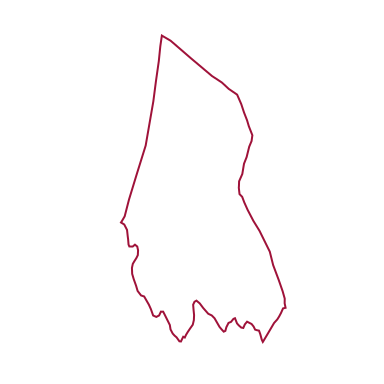 outline of Boden, Norrbotten, Sweden, rotated 81°
{"feature_id": "70781695B99694780009800", "entity_name": "Boden", "entity_type": "district", "adm_level": 2, "iso_a3": "SWE", "parent_name": "Sweden", "parent_adm1": "Norrbotten", "projection": "equal_earth", "projection_center": [21.596, 66.055], "detail": "fine", "context": "isolated", "style": "outline", "palette": "rose", "viewbox_px": 384, "rotation_deg": 81, "n_neighbors": 0, "source": "geoboundaries", "source_scale": "gbopen_adm2", "svg_char_len": 1703}
<svg xmlns="http://www.w3.org/2000/svg" viewBox="0 0 384 384"><g transform="rotate(81 192 192)"><path d="M321.0,117.7L316.4,117.9L311.8,117.1L304.2,118.0L292.5,120.1L276.8,123.3L263.1,124.5L240.9,131.4L230.1,135.9L218.2,139.9L210.4,142.0L204.6,143.2L201.5,145.4L195.1,145.1L193.4,144.7L188.8,143.8L182.1,139.5L172.2,136.2L166.1,132.6L156.2,128.4L151.0,125.2L145.4,123.5L135.8,125.6L129.8,126.4L121.5,128.2L112.9,129.6L102.9,132.2L95.9,139.6L88.5,145.4L80.6,154.1L59.8,172.1L39.2,189.5L32.8,197.3L43.1,200.5L57.5,204.3L77.0,210.3L96.4,216.0L117.5,223.2L138.9,230.5L165.8,243.8L189.6,255.4L205.5,262.3L209.9,265.9L211.0,266.9L213.5,264.0L219.3,262.1L225.6,262.4L228.8,262.5L234.0,262.9L236.0,262.4L236.6,259.1L235.1,256.6L237.3,254.6L241.2,254.4L245.9,255.4L248.7,257.4L251.4,259.8L253.7,261.7L257.6,263.2L263.5,263.9L268.9,263.2L275.8,261.9L281.2,261.2L286.2,258.5L287.7,255.6L296.6,252.2L301.4,250.9L307.9,249.7L309.8,246.8L308.8,243.8L305.3,241.4L305.7,239.2L309.4,238.0L319.9,234.7L324.4,234.7L328.8,233.2L331.1,231.7L333.1,230.0L337.5,227.8L337.9,226.3L335.7,224.8L333.6,223.3L334.6,221.9L332.1,220.2L329.5,218.0L326.7,215.4L323.2,212.0L318.8,210.2L313.9,209.2L308.7,208.9L303.5,208.5L300.8,206.7L300.0,204.6L303.2,201.8L308.3,199.1L314.8,195.0L317.0,191.8L320.2,189.5L329.6,185.9L332.4,184.2L334.9,182.5L334.4,180.8L330.9,179.2L327.0,176.4L326.4,173.8L323.8,170.9L323.4,169.3L328.8,168.1L331.0,166.7L333.6,164.6L334.3,162.6L331.0,160.5L328.7,157.9L331.7,153.8L334.5,152.2L337.8,151.2L338.7,149.4L339.4,147.5L343.1,146.8L348.7,146.2L351.2,145.5L351.1,145.4L343.3,138.9L334.2,131.4L331.2,127.7L328.7,125.5L325.4,123.0L321.2,120.3L321.0,117.7Z" fill="none" stroke="#9f1239" stroke-width="2"/></g></svg>